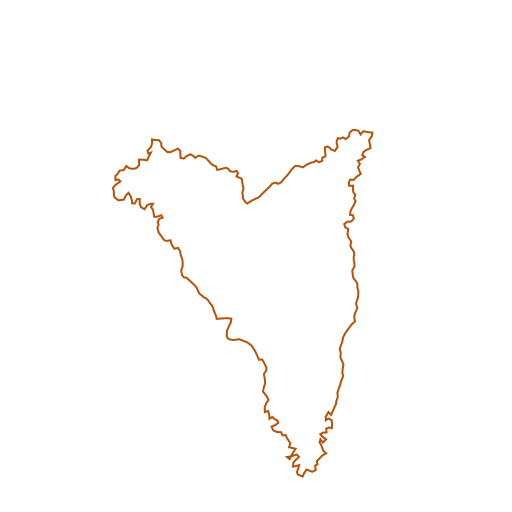 Apucarana, Paraná, Brazil (Equal Earth projection), rotated 211°
{"feature_id": "56859067B99141205159881", "entity_name": "Apucarana", "entity_type": "district", "adm_level": 2, "iso_a3": "BRA", "parent_name": "Brazil", "parent_adm1": "Paraná", "projection": "equal_earth", "projection_center": [-51.441, -23.577], "detail": "fine", "context": "isolated", "style": "outline", "palette": "amber", "viewbox_px": 512, "rotation_deg": 211, "n_neighbors": 0, "source": "geoboundaries", "source_scale": "gbopen_adm2", "svg_char_len": 4429}
<svg xmlns="http://www.w3.org/2000/svg" viewBox="0 0 512 512"><g transform="rotate(211 256 256)"><path d="M122.9,102.1L118.9,106.8L115.7,106.0L116.9,101.6L117.6,98.5L115.9,94.5L113.9,96.2L111.3,99.0L110.3,95.1L109.6,91.9L107.8,90.3L102.4,91.0L102.9,94.5L102.7,99.0L99.6,99.5L96.7,100.0L94.5,103.1L97.3,106.8L96.0,109.1L98.2,111.4L96.4,119.2L94.3,122.9L98.1,123.8L102.7,127.5L105.5,128.9L106.4,132.0L102.7,130.5L101.5,134.9L106.6,135.5L109.1,136.4L107.7,139.0L104.7,141.1L106.9,144.2L105.0,146.7L102.3,147.5L104.2,151.2L106.6,154.2L110.2,154.0L111.6,151.2L113.4,154.0L113.5,159.6L109.8,158.5L110.8,166.7L111.2,170.4L112.5,173.2L113.2,177.1L115.9,181.0L116.7,184.7L117.4,188.5L118.6,192.8L119.5,198.3L121.5,199.8L123.5,203.7L125.2,208.1L131.4,212.6L133.4,216.6L136.5,219.7L137.8,226.5L139.5,231.4L139.7,236.6L139.3,241.7L138.7,247.1L137.4,250.7L140.8,254.9L141.7,258.5L142.2,263.4L145.7,266.7L146.6,269.7L147.0,272.7L150.0,278.4L152.7,281.0L155.2,284.8L158.1,286.1L161.1,287.2L163.2,289.4L166.1,293.4L166.1,297.8L168.1,300.6L169.8,302.5L171.6,305.1L172.6,308.1L174.6,310.3L177.4,311.4L180.4,313.3L181.8,317.5L186.8,319.8L189.1,322.4L190.8,326.7L194.1,326.5L196.8,328.8L195.2,332.7L192.2,334.5L191.4,338.7L194.1,340.8L196.6,339.7L198.1,343.0L198.4,346.2L198.4,349.7L198.8,354.2L201.5,355.9L202.4,359.6L205.1,360.6L207.0,362.6L209.0,366.3L212.4,364.1L214.3,366.8L214.6,370.0L211.5,371.5L210.8,374.9L209.7,377.7L208.5,380.3L211.2,382.2L214.2,384.7L214.4,388.5L217.8,390.2L215.8,392.5L213.7,397.1L216.9,397.2L217.4,400.7L216.1,403.6L213.4,407.5L215.7,410.3L218.7,413.4L218.5,418.6L219.8,421.7L222.2,420.5L225.8,419.1L228.3,418.3L228.9,414.0L232.7,416.1L235.7,415.2L237.9,414.0L239.3,410.2L237.9,406.2L239.5,402.3L242.6,402.4L244.2,399.9L246.6,399.2L245.6,395.0L242.2,391.5L242.5,386.7L246.4,386.0L248.8,386.7L251.0,386.8L252.9,384.7L250.8,381.5L247.8,377.3L249.8,374.2L248.2,371.6L250.4,368.7L253.6,369.0L254.7,366.4L256.9,364.3L259.7,360.3L261.5,356.1L265.8,355.0L268.8,353.3L269.9,349.0L270.5,342.6L271.9,336.3L272.4,331.9L274.4,329.1L276.9,329.1L279.3,326.5L280.2,321.6L281.5,317.0L282.7,312.6L283.7,308.1L285.9,304.7L288.1,301.4L290.5,296.5L293.2,296.9L296.6,298.5L300.4,303.5L301.3,307.1L304.9,311.2L308.1,314.9L311.6,314.4L313.8,314.2L314.0,317.8L316.6,319.0L318.5,316.6L321.7,315.3L324.5,316.4L327.2,316.2L329.1,314.3L331.7,311.5L333.7,309.9L336.5,312.3L339.5,311.7L341.9,311.9L344.6,312.8L349.5,314.2L353.1,313.5L356.9,312.5L358.6,308.9L361.1,309.5L364.6,309.4L367.0,305.8L368.0,302.4L371.1,301.2L373.2,304.2L375.1,307.1L378.3,307.8L379.8,305.4L381.3,303.2L382.9,300.9L385.5,299.5L388.6,300.0L393.4,301.1L395.4,304.0L399.1,305.3L401.9,303.5L405.2,302.4L403.1,299.1L402.2,295.5L403.3,290.5L401.1,288.4L399.4,290.5L398.7,281.8L402.4,280.4L405.9,278.4L402.9,273.5L404.0,269.4L406.4,267.3L409.9,265.9L413.6,266.3L413.6,261.6L416.9,258.9L416.9,254.9L417.7,252.0L415.6,248.7L413.2,250.8L410.7,250.2L413.0,244.8L413.7,240.5L411.5,238.7L409.6,235.7L407.8,233.6L402.7,232.8L398.3,236.3L398.7,240.8L397.9,244.5L394.2,242.7L390.9,239.6L389.3,237.3L387.0,238.6L387.2,243.5L385.0,245.0L382.8,241.2L379.8,238.7L375.7,238.6L375.4,243.6L373.3,246.5L371.2,247.6L371.3,244.0L367.9,242.4L365.7,239.8L363.4,237.2L360.8,238.9L358.2,242.2L355.7,240.7L358.0,238.1L357.8,234.4L355.7,232.8L354.9,229.1L351.2,225.8L347.4,224.3L345.2,223.2L342.4,222.2L340.2,223.1L337.3,225.4L334.1,222.3L329.7,220.2L327.0,222.8L323.3,220.8L320.8,217.9L317.5,215.3L315.0,211.9L313.5,209.1L312.8,205.4L309.8,201.6L306.7,200.5L304.5,201.6L301.3,201.0L296.6,200.0L293.1,199.3L290.4,198.1L287.9,196.4L284.8,194.4L282.1,194.4L279.9,193.6L277.3,194.1L273.5,193.1L271.2,191.8L268.6,191.1L265.8,189.2L263.0,186.6L259.9,184.5L257.3,181.9L253.9,184.3L248.7,187.9L244.8,189.6L243.4,186.2L242.5,177.2L240.3,173.0L238.5,171.2L236.2,170.8L232.6,172.1L230.5,173.5L227.7,176.0L219.1,177.5L214.1,177.0L209.6,175.0L207.3,173.7L203.4,171.1L200.1,168.5L197.5,170.5L195.0,169.2L192.6,167.7L189.9,165.8L188.2,163.3L188.4,158.7L185.6,155.8L182.5,151.5L181.8,147.9L180.1,143.3L174.9,141.4L171.1,139.1L171.4,135.5L170.8,131.1L168.0,126.7L165.8,129.4L162.6,126.4L160.6,123.4L159.2,126.4L156.3,125.7L153.2,126.1L151.0,124.6L152.1,121.5L154.8,117.7L151.4,115.4L147.4,115.9L143.8,117.9L140.8,115.9L138.3,117.8L136.0,116.1L133.0,114.6L130.2,113.2L129.1,109.1L122.8,111.2L123.0,106.5L122.9,102.1ZM122.9,102.1L125.9,99.7L122.5,99.2L122.9,102.1Z" fill="none" stroke="#b45309" stroke-width="2"/></g></svg>